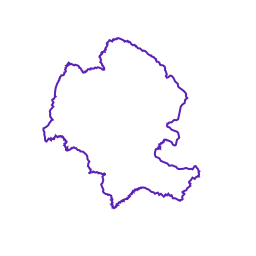 Soi Dao, Chanthaburi, Thailand, rotated 219°
{"feature_id": "78962969B71557227555667", "entity_name": "Soi Dao", "entity_type": "district", "adm_level": 2, "iso_a3": "THA", "parent_name": "Thailand", "parent_adm1": "Chanthaburi", "projection": "mercator", "projection_center": [102.227, 13.187], "detail": "fine", "context": "isolated", "style": "outline", "palette": "violet", "viewbox_px": 256, "rotation_deg": 219, "n_neighbors": 0, "source": "geoboundaries", "source_scale": "gbopen_adm2", "svg_char_len": 5739}
<svg xmlns="http://www.w3.org/2000/svg" viewBox="0 0 256 256"><g transform="rotate(219 128 128)"><path d="M51.1,141.0L51.8,140.8L52.2,139.9L51.8,136.5L53.4,135.9L54.6,134.5L57.8,133.5L59.4,131.0L62.9,127.9L64.5,127.7L66.6,128.1L67.7,127.4L70.0,126.9L72.3,124.6L74.8,125.2L81.8,123.1L84.6,124.2L88.5,123.1L89.4,123.6L90.5,124.4L91.9,126.4L93.0,129.0L92.1,130.0L92.2,130.8L91.3,131.0L91.8,131.8L90.5,132.1L91.4,132.6L90.7,132.8L91.1,133.2L91.0,133.6L92.1,133.7L93.4,134.9L92.5,135.7L92.9,136.2L92.9,137.1L92.0,137.5L92.2,138.2L91.4,139.3L91.5,139.7L92.1,139.9L91.9,140.9L92.3,140.7L92.5,141.7L91.1,142.9L89.7,143.0L89.4,143.5L86.3,144.3L85.1,144.4L82.4,143.3L80.5,144.0L80.2,145.0L82.5,149.6L82.1,152.7L85.8,155.7L87.4,156.0L93.2,154.1L96.0,154.6L98.1,153.8L99.1,154.2L99.6,155.6L100.2,156.1L99.4,157.0L99.4,158.3L97.7,159.8L97.2,163.3L95.1,164.7L94.6,166.5L100.5,178.0L100.5,180.4L99.7,183.0L101.3,185.8L100.8,188.6L102.2,188.7L103.5,189.7L103.9,190.8L105.9,191.6L108.7,191.9L114.4,191.6L115.6,192.1L117.1,193.7L120.6,193.8L124.1,195.5L126.0,195.9L127.4,195.8L128.2,195.2L128.6,192.9L129.5,191.5L131.3,192.2L131.4,193.9L134.6,196.0L135.9,196.4L136.4,197.5L138.2,198.8L140.1,198.7L142.7,197.3L144.8,198.5L146.6,198.3L147.4,197.6L148.7,198.2L149.5,199.2L151.4,198.9L152.3,199.3L155.0,198.4L155.5,199.0L156.8,198.3L159.1,198.0L161.6,198.6L163.0,198.6L164.5,198.1L165.1,197.1L168.8,197.4L170.4,196.2L173.2,196.8L173.4,196.3L175.1,196.8L175.6,196.6L176.2,195.4L177.3,195.3L178.6,195.3L179.4,195.8L180.8,196.0L181.6,195.7L181.8,195.0L183.2,195.5L183.8,194.2L185.5,193.5L185.4,193.1L186.8,193.3L188.4,193.0L192.3,191.7L192.7,190.0L193.3,190.1L194.4,187.5L195.1,187.8L195.4,187.3L194.8,185.3L197.7,184.6L197.5,183.6L197.8,180.8L197.2,180.6L197.5,180.3L197.3,180.0L196.4,179.6L195.8,178.1L195.8,176.2L194.7,175.2L195.3,174.8L194.8,173.8L194.9,173.1L194.6,173.0L194.8,172.4L194.5,172.3L194.9,172.1L195.1,171.4L195.4,171.5L195.9,170.7L194.8,169.4L195.2,169.0L195.6,169.0L195.0,167.7L195.4,166.5L194.9,166.1L194.9,165.2L193.2,164.9L192.1,163.9L191.6,163.8L191.0,161.7L189.3,161.7L187.7,160.9L187.6,160.5L185.8,160.3L184.9,159.6L184.5,159.7L184.2,159.1L183.5,158.9L183.4,158.0L184.5,157.4L186.5,157.4L189.6,156.3L190.3,154.6L191.5,154.4L191.9,152.6L194.6,150.8L194.6,150.1L194.2,149.8L196.1,148.5L195.9,145.9L196.3,145.6L196.3,144.9L196.8,145.0L197.0,143.6L197.5,142.9L198.5,143.0L199.1,143.6L200.3,143.5L201.4,144.3L203.0,144.6L203.7,144.1L205.0,145.0L206.1,145.0L209.0,143.9L209.1,143.0L209.8,142.6L212.3,142.2L213.4,140.5L214.0,140.5L214.7,140.9L214.6,141.5L215.2,141.5L215.2,140.0L215.0,139.0L214.5,138.8L214.9,138.1L214.2,138.3L214.5,135.5L213.6,134.9L213.7,133.9L212.1,133.1L211.9,132.7L212.1,131.4L212.4,131.1L211.8,130.4L211.9,130.0L211.4,129.3L211.4,128.4L212.9,127.1L212.7,126.5L212.9,124.8L212.3,124.0L212.3,122.8L211.6,122.2L211.7,121.0L211.2,120.1L211.1,118.3L209.5,113.8L208.1,111.3L205.2,107.1L204.1,106.9L204.4,106.1L203.9,104.0L204.4,103.2L204.6,102.1L203.3,101.3L201.9,100.9L201.6,97.9L199.5,97.7L199.7,93.4L199.3,91.8L197.2,90.1L197.0,89.2L195.6,88.2L195.5,87.8L191.7,87.0L192.5,85.5L192.1,84.1L192.3,82.7L191.7,80.2L192.3,77.0L193.5,74.5L192.1,72.9L190.1,72.0L189.2,70.4L186.8,68.7L184.9,66.5L183.8,66.0L182.8,66.2L183.0,69.9L180.2,70.1L181.3,71.7L179.7,71.9L178.5,72.7L178.8,73.8L179.3,73.9L179.1,76.0L179.4,76.6L177.0,76.5L176.6,77.1L176.8,77.3L176.3,77.7L176.4,78.1L175.6,78.5L175.7,79.1L174.9,79.5L174.3,79.4L173.9,80.2L172.8,80.1L172.7,79.6L172.0,79.9L171.3,79.3L170.7,79.4L170.2,78.6L169.3,79.3L168.4,78.6L167.5,78.9L167.0,78.7L166.7,77.6L167.6,75.9L166.7,75.4L166.7,74.5L166.1,74.7L164.9,73.8L163.9,73.7L163.1,74.1L163.0,74.6L162.3,73.5L163.0,72.7L162.6,72.0L161.6,71.9L161.0,72.3L160.8,73.4L160.3,73.3L159.8,74.1L159.2,75.6L159.3,76.9L158.6,77.2L158.0,78.9L156.2,79.1L155.6,79.7L153.4,79.2L152.1,80.0L151.2,80.2L150.4,79.8L148.0,81.3L144.0,81.1L142.2,80.6L139.6,78.1L136.9,77.6L136.7,75.9L135.1,73.1L133.3,72.9L132.2,72.1L130.9,72.4L129.6,70.2L129.8,68.7L129.5,68.7L128.7,70.5L127.8,71.2L127.7,72.3L125.5,72.7L124.5,74.2L123.7,74.1L123.0,74.6L122.4,74.3L121.7,75.2L120.3,75.9L119.6,75.7L118.5,76.4L117.8,77.8L117.0,77.8L116.6,77.4L117.3,75.7L117.2,74.0L114.5,72.1L113.2,69.1L113.4,67.8L113.2,67.1L108.2,64.5L107.4,62.8L105.9,62.5L103.8,62.7L102.0,63.7L101.5,63.4L100.6,64.3L98.4,64.8L96.7,63.0L96.4,63.2L96.1,62.7L95.5,62.7L95.7,62.0L95.3,62.2L95.3,61.6L94.7,61.6L94.6,60.9L93.3,60.5L93.4,59.9L92.5,59.3L93.0,58.4L92.3,58.5L92.0,57.9L91.7,58.2L91.0,58.0L90.4,57.0L90.1,57.2L89.9,56.7L89.6,57.0L89.1,56.7L88.9,57.3L88.1,57.4L88.1,58.1L87.7,58.8L88.0,59.1L87.8,59.5L88.2,59.7L87.6,61.0L88.0,60.8L88.9,61.5L87.9,63.7L88.3,64.4L88.0,65.0L87.0,65.3L87.4,66.3L87.0,67.6L86.3,67.5L86.2,68.1L85.6,68.4L86.3,68.7L86.5,69.1L85.6,70.1L85.5,70.9L83.9,72.3L84.5,73.1L83.8,73.5L83.7,75.1L83.9,75.4L84.2,75.1L84.5,75.3L83.7,76.0L84.5,76.3L84.3,78.1L83.9,78.4L84.1,79.2L83.6,79.0L83.5,79.3L84.2,80.6L84.1,81.4L83.4,81.6L84.2,82.2L83.5,82.4L83.8,83.5L83.2,83.9L83.7,84.8L82.9,85.0L82.8,85.9L82.5,86.2L81.9,85.9L81.9,87.0L81.4,86.8L81.0,87.5L81.3,88.5L80.7,88.8L80.5,89.8L79.8,89.8L79.5,90.8L76.9,92.4L75.3,92.4L73.5,93.2L69.6,93.1L67.4,94.2L65.8,93.8L64.2,96.5L63.2,96.4L61.6,95.6L61.0,97.6L57.0,97.1L56.7,98.4L57.1,99.2L57.0,100.1L55.3,100.2L55.3,102.3L53.1,101.6L52.3,102.0L52.2,103.1L51.8,103.2L48.9,101.6L46.9,103.2L42.7,103.8L41.8,104.3L42.1,105.0L40.9,106.2L40.8,107.2L42.3,108.2L42.8,109.2L42.6,112.3L43.4,112.5L45.0,112.1L45.5,112.8L43.5,116.5L44.1,118.3L43.1,122.3L44.0,122.7L44.4,124.1L46.2,123.9L46.7,124.7L46.3,127.1L46.7,130.0L44.1,130.4L44.3,132.2L43.7,133.6L42.5,134.8L43.5,135.1L43.2,136.1L44.0,137.2L45.3,137.9L45.3,139.2L46.3,139.1L47.8,140.1L50.3,140.5L51.1,141.0Z" fill="none" stroke="#5b21b6" stroke-width="2"/></g></svg>